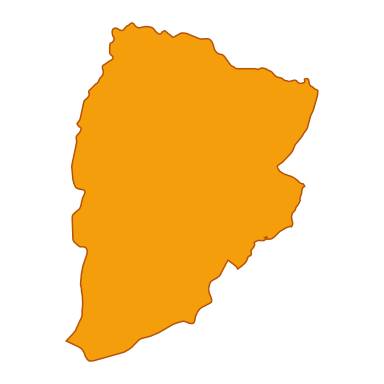 the Province of Chaiyaphum
{"feature_id": "THA-437", "entity_name": "Chaiyaphum", "entity_type": "Province", "adm_level": 1, "iso_a3": "THA", "parent_name": "Thailand", "parent_adm1": "", "projection": "orthographic", "projection_center": [101.826, 15.959], "detail": "fine", "context": "isolated", "style": "filled", "palette": "amber", "viewbox_px": 384, "rotation_deg": 0, "n_neighbors": 0, "source": "natural_earth", "source_scale": "10m", "svg_char_len": 5012}
<svg xmlns="http://www.w3.org/2000/svg" viewBox="0 0 384 384"><path d="M291.6,226.7L289.7,226.5L286.3,227.7L279.7,231.5L274.5,236.8L271.7,238.8L267.8,239.3L266.1,236.2L266.1,237.0L266.0,237.6L265.6,237.8L264.8,237.7L266.1,239.3L263.6,240.6L257.6,240.5L254.2,242.4L254.7,244.8L253.9,246.8L251.2,250.3L251.0,251.3L251.3,253.7L251.2,254.8L250.5,255.8L249.6,256.0L248.8,256.1L248.3,256.5L246.4,261.2L245.3,262.7L241.8,266.0L237.7,269.0L236.2,266.3L228.0,260.2L226.1,263.5L220.1,275.1L219.7,275.6L219.0,276.3L216.7,278.0L212.0,280.7L211.0,281.5L210.2,282.8L209.6,284.3L208.6,288.3L208.7,290.2L209.2,292.7L211.2,297.9L211.6,299.6L211.7,300.4L211.6,301.3L211.4,302.1L210.3,303.0L201.4,307.6L199.8,309.0L197.9,311.3L197.5,311.9L195.9,315.6L195.3,317.2L194.9,319.9L194.1,322.3L193.7,322.9L192.9,323.4L191.6,323.6L189.2,323.2L187.8,322.7L185.5,321.6L185.0,321.5L183.6,321.3L182.0,321.4L176.0,323.2L172.7,324.5L159.2,332.4L150.5,336.2L141.6,338.5L140.2,339.1L138.4,340.4L131.8,347.2L128.8,349.5L124.2,352.1L93.8,360.7L91.3,361.0L89.4,361.0L88.4,360.4L87.3,359.4L85.4,356.3L85.0,355.3L84.5,353.8L84.2,352.9L83.5,351.6L82.8,350.3L81.4,348.6L78.2,346.6L66.2,341.0L73.4,333.3L75.4,330.7L81.5,317.4L82.1,315.5L82.1,310.4L82.7,304.9L82.4,296.0L81.6,291.9L81.4,288.3L80.6,284.9L80.6,283.1L81.5,273.4L83.1,265.3L86.6,255.2L87.1,252.7L87.3,251.0L87.0,250.1L86.8,249.3L86.4,248.6L86.0,248.0L85.4,247.5L84.8,247.2L84.0,246.9L83.1,246.8L80.3,246.8L79.6,246.6L78.9,246.2L74.0,241.8L73.6,241.2L73.3,240.5L73.1,239.9L72.9,238.6L72.2,218.7L72.3,216.2L72.7,215.3L73.1,214.6L74.1,213.5L75.2,212.4L76.9,211.1L78.0,210.1L79.2,209.3L79.9,208.1L80.7,206.2L82.5,198.2L84.8,193.3L85.0,192.1L84.9,191.2L84.4,190.6L83.8,190.1L83.1,189.8L81.4,189.4L79.5,189.1L77.9,188.7L77.2,188.3L76.5,188.0L76.0,187.5L75.5,186.9L74.8,185.5L73.7,182.9L72.9,179.2L71.8,167.4L71.8,165.5L76.6,142.6L76.6,140.4L76.2,138.1L76.2,137.1L76.5,136.2L77.3,135.0L77.8,134.4L78.9,133.4L79.5,132.6L80.2,131.5L81.0,129.5L81.1,128.4L80.7,127.6L79.4,126.8L78.6,126.1L78.1,125.5L77.7,124.9L77.1,123.9L77.3,123.2L77.7,122.6L78.6,121.5L79.5,120.2L80.2,118.8L83.9,101.6L84.3,100.9L85.2,99.7L87.0,98.3L87.6,97.7L88.2,96.9L89.0,95.7L89.1,94.5L89.1,93.4L88.6,92.1L88.8,91.3L89.1,90.6L90.1,89.6L91.3,88.6L95.4,84.3L97.2,83.1L97.8,82.5L98.3,81.7L99.4,79.2L99.9,78.5L100.8,77.4L101.9,76.1L102.5,75.1L103.2,73.5L103.3,72.3L103.2,71.2L102.4,68.1L102.4,66.9L102.6,66.0L103.1,65.4L103.7,65.0L106.2,63.4L108.6,61.6L111.5,60.0L112.1,59.4L113.0,58.4L113.1,57.5L112.9,56.8L112.4,56.2L110.4,54.5L110.2,54.1L109.8,52.9L109.6,50.9L109.7,46.5L109.9,44.5L110.3,43.3L110.6,43.1L112.1,42.4L113.0,41.6L114.0,39.8L114.2,38.6L114.0,37.7L113.1,36.4L112.7,35.5L112.4,34.3L112.1,31.9L112.3,30.6L112.7,29.6L113.2,29.0L113.7,28.6L114.4,28.3L115.2,28.1L116.1,28.2L116.9,28.4L117.6,28.7L119.5,29.9L121.1,30.4L122.0,30.5L122.8,30.3L123.4,29.9L123.9,29.4L125.6,27.2L126.2,26.6L126.8,26.1L128.8,25.1L130.5,23.6L131.2,23.2L131.9,23.0L132.6,23.1L133.2,23.5L133.8,24.0L134.3,24.5L135.1,25.7L135.6,26.3L136.2,26.7L136.8,27.1L137.6,27.5L138.4,27.7L139.3,27.8L140.2,27.7L142.6,27.0L145.2,26.6L148.1,26.6L150.6,27.1L152.1,27.7L152.8,28.1L153.4,28.6L156.7,32.5L158.0,33.4L159.3,34.1L160.0,34.2L160.6,33.9L161.1,33.4L162.0,32.2L163.3,31.3L165.0,30.7L168.3,33.7L170.6,35.3L172.1,36.8L173.1,37.1L173.9,37.0L180.6,33.3L181.4,33.1L183.2,33.0L185.1,33.2L186.9,33.6L199.6,38.8L201.4,39.1L205.9,38.7L207.8,38.8L208.7,39.0L209.5,39.2L210.1,39.8L210.8,40.4L211.8,41.6L212.4,42.8L213.1,44.5L214.0,47.8L214.7,49.8L216.1,51.9L217.0,52.8L217.8,53.4L219.6,54.1L222.0,54.6L222.7,55.0L223.5,55.5L224.8,57.0L229.6,63.7L230.9,65.3L232.1,66.2L233.6,66.8L234.9,67.9L235.8,68.5L236.8,68.7L254.4,68.7L256.1,68.9L257.4,69.3L257.9,69.3L258.5,69.3L258.7,69.2L259.1,69.1L260.1,68.5L260.8,68.2L261.6,68.0L263.3,68.2L265.8,68.8L266.5,69.2L267.9,70.1L270.7,71.3L271.4,71.7L272.0,72.2L274.7,75.3L275.4,75.9L276.7,76.8L277.4,77.1L281.7,78.2L282.4,78.6L284.5,80.4L285.3,80.6L286.0,80.6L286.6,80.7L287.3,80.9L287.9,81.2L288.6,81.4L289.4,81.4L290.8,81.1L293.6,80.3L294.4,80.2L295.2,80.2L295.8,80.4L296.5,80.8L297.1,81.4L297.9,82.4L298.6,82.9L299.4,83.3L300.1,83.4L300.9,83.4L301.8,83.3L303.1,82.9L303.7,82.6L304.3,82.3L304.7,81.8L304.8,81.2L304.4,79.7L304.6,79.1L305.1,78.8L305.8,78.7L306.5,78.7L307.2,78.6L307.9,79.0L308.6,79.9L309.1,82.8L309.5,84.2L310.0,85.3L310.4,85.8L312.6,87.0L314.2,88.5L314.8,88.9L317.7,90.3L317.8,92.4L317.4,95.7L313.4,109.8L310.5,116.3L307.5,127.4L307.1,128.5L305.9,130.4L303.7,133.4L302.6,135.4L301.3,137.2L300.9,137.9L295.6,144.2L294.8,145.5L292.7,150.7L291.0,153.2L282.9,161.8L278.7,164.8L277.3,166.1L277.3,166.7L277.5,167.7L279.4,170.7L280.2,171.5L283.9,173.9L291.8,176.7L294.6,178.2L298.1,180.9L299.0,181.9L299.3,182.4L299.5,182.5L300.2,183.0L300.8,183.3L303.4,184.0L304.7,186.3L304.0,186.7L302.5,188.0L301.9,190.4L301.6,193.1L299.8,198.8L300.3,200.3L298.8,203.4L296.9,206.4L296.0,207.4L295.3,209.8L292.2,213.5L291.5,216.7L291.9,219.8L292.6,222.1L292.7,224.2L291.6,226.7Z" fill="#f59e0b" stroke="#b45309" stroke-width="1.5"/></svg>